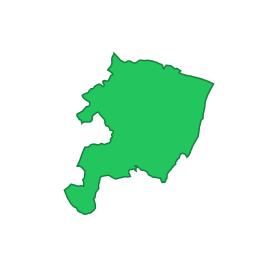 Texhuacán, Veracruz, Mexico, rotated 138°
{"feature_id": "50627088B48642687236942", "entity_name": "Texhuacán", "entity_type": "district", "adm_level": 2, "iso_a3": "MEX", "parent_name": "Mexico", "parent_adm1": "Veracruz", "projection": "mercator", "projection_center": [-97.022, 18.616], "detail": "fine", "context": "isolated", "style": "filled", "palette": "green", "viewbox_px": 256, "rotation_deg": 138, "n_neighbors": 0, "source": "geoboundaries", "source_scale": "gbopen_adm2", "svg_char_len": 5871}
<svg xmlns="http://www.w3.org/2000/svg" viewBox="0 0 256 256"><g transform="rotate(138 128 128)"><path d="M88.4,192.9L89.2,192.1L90.3,191.9L91.5,191.5L93.1,190.8L95.0,188.8L96.3,187.2L97.2,186.4L98.4,185.7L100.4,185.2L101.2,185.2L102.9,185.0L103.9,184.8L104.3,184.6L103.7,183.1L103.3,181.4L103.1,179.7L103.4,177.8L104.2,178.2L105.3,178.4L106.4,178.2L110.6,176.4L111.3,176.2L112.4,176.9L112.9,177.9L113.5,178.7L114.0,179.2L114.7,179.4L115.3,179.5L115.5,179.4L115.4,179.0L115.4,178.6L116.0,178.7L116.3,178.2L116.4,177.2L116.5,176.5L116.9,176.0L117.2,175.6L117.8,175.5L118.7,175.5L119.1,175.7L119.2,176.5L119.4,178.7L119.8,179.5L120.2,180.1L121.0,180.2L122.3,180.6L123.7,181.0L124.5,181.3L125.3,181.1L125.9,180.9L126.6,180.7L127.9,180.7L128.4,181.3L128.9,181.7L129.5,181.8L131.3,181.8L132.3,181.6L133.2,181.1L134.2,181.1L135.3,181.5L136.5,182.1L137.2,182.2L138.1,182.5L139.0,182.7L140.3,182.8L140.8,181.5L140.8,180.2L140.8,179.0L140.6,177.7L140.1,175.4L139.4,173.8L139.5,172.3L140.4,171.4L141.2,170.8L141.7,170.5L142.3,170.3L143.1,170.6L143.8,171.3L145.0,171.8L146.1,171.5L147.1,171.4L148.8,171.1L149.8,170.9L152.0,171.4L152.8,171.4L153.8,171.7L154.4,171.8L156.0,172.4L156.8,172.2L157.5,171.7L158.1,169.9L158.0,169.2L158.5,167.4L158.6,166.8L158.1,166.1L157.6,165.3L158.1,164.3L159.2,162.3L157.9,162.5L156.4,161.6L155.5,161.0L153.8,159.3L153.2,158.9L152.5,158.2L152.0,157.8L151.2,157.9L150.8,157.8L150.4,157.6L149.9,157.7L148.0,158.9L147.6,159.9L147.3,160.2L146.4,160.5L145.4,160.7L144.4,160.8L142.3,160.4L141.3,160.4L140.4,160.2L139.9,159.9L139.5,159.6L139.7,157.4L139.9,155.7L139.8,154.4L139.9,152.4L139.8,151.5L139.8,150.6L140.5,148.5L140.9,148.1L141.5,147.7L141.8,147.1L142.1,146.2L142.5,145.5L142.8,144.9L142.8,144.4L142.2,143.4L141.5,142.4L141.6,141.2L142.0,140.2L142.4,139.4L142.7,138.2L142.1,137.4L141.5,136.9L141.2,136.1L141.5,135.1L142.1,134.4L142.5,134.2L143.2,134.4L143.5,134.4L144.2,134.2L144.7,133.8L145.1,133.3L145.1,132.7L145.4,132.3L145.7,131.9L146.1,131.7L146.9,131.8L147.4,131.7L148.2,131.4L148.8,131.3L149.3,130.1L149.7,129.7L150.8,129.5L153.0,129.7L153.6,130.4L154.2,130.6L154.9,130.9L156.5,131.4L157.3,132.4L157.7,133.9L158.2,134.3L159.2,134.7L160.3,134.8L161.3,135.0L162.0,136.2L162.9,137.2L164.1,138.9L165.3,139.6L166.1,140.1L167.1,140.4L167.8,140.5L169.0,140.2L169.8,140.4L171.0,141.0L171.5,141.3L172.9,142.5L178.6,139.9L185.3,136.3L191.3,133.6L189.5,132.3L189.4,131.4L188.3,129.3L188.9,128.8L188.7,128.0L188.9,124.5L192.9,120.9L194.0,120.0L195.2,119.8L196.4,119.8L196.7,118.5L197.5,116.9L198.8,115.7L199.9,114.4L201.0,115.9L201.6,116.6L203.2,117.4L204.9,119.3L205.8,121.1L206.9,122.8L207.8,124.3L209.4,124.3L210.8,124.1L212.7,124.0L215.0,124.3L216.9,124.4L218.1,120.8L219.6,117.1L220.9,111.0L221.1,108.6L220.9,105.5L220.2,104.5L219.7,103.8L219.9,103.5L220.0,103.3L220.0,102.6L220.1,101.9L220.2,101.3L220.4,100.9L220.7,100.5L220.7,100.0L220.3,99.3L220.4,98.6L220.2,97.9L220.0,97.5L219.9,97.2L219.6,96.9L219.3,96.5L218.7,95.0L218.7,94.6L218.6,93.9L218.2,93.3L217.5,92.8L216.2,91.7L214.9,91.1L214.1,91.0L213.4,90.3L212.7,90.2L211.5,89.7L210.7,90.0L210.2,90.0L209.7,89.8L208.3,89.8L205.9,90.3L205.2,91.2L204.4,91.9L203.4,93.3L201.5,96.9L201.5,97.9L201.1,98.0L200.7,98.1L200.5,98.6L200.1,98.5L199.2,98.4L198.6,98.7L197.9,99.4L195.3,101.5L193.0,102.1L191.6,102.4L190.4,102.5L189.9,103.0L188.7,104.5L188.0,105.4L185.3,107.1L184.1,108.0L183.1,108.7L182.0,109.8L179.6,109.5L178.7,108.9L177.1,108.0L174.4,106.1L173.8,105.4L172.9,102.4L171.8,99.3L171.0,98.1L170.0,97.8L169.1,97.3L167.8,96.6L167.1,96.2L165.7,95.5L164.5,94.8L163.6,94.3L162.7,93.8L162.2,93.1L161.5,92.3L160.7,91.7L159.8,91.2L158.7,90.4L158.4,91.4L157.8,92.3L157.7,93.9L157.2,94.7L156.1,95.4L155.2,95.8L154.5,95.9L153.5,95.0L152.7,94.4L151.8,94.1L150.9,93.7L150.9,92.8L151.1,91.8L150.7,90.7L150.3,91.6L149.1,92.5L148.4,93.0L148.1,93.6L148.1,94.4L148.2,95.0L147.0,94.2L146.9,93.7L146.9,92.2L146.3,90.1L146.4,89.1L146.4,88.3L146.2,87.6L145.8,87.3L144.3,85.5L143.8,84.5L143.4,83.2L143.4,81.9L143.6,80.6L144.0,79.8L143.9,79.3L143.8,78.6L143.4,77.7L142.9,77.0L142.8,76.1L142.7,75.5L142.4,74.9L141.7,73.9L141.1,73.5L140.3,72.7L139.7,71.7L137.4,68.6L137.6,68.4L138.6,66.6L138.4,66.2L139.0,65.1L139.0,64.7L138.9,64.5L138.5,64.3L138.2,64.0L138.0,63.9L137.7,63.8L137.6,63.4L136.6,63.1L135.7,63.3L134.9,64.2L133.9,64.4L133.0,64.4L131.5,65.8L130.9,66.6L129.3,67.6L126.5,68.2L125.7,68.3L125.2,68.5L124.5,68.6L123.9,68.4L123.5,68.5L122.6,68.9L120.4,69.0L119.7,69.5L119.2,69.4L118.8,69.3L118.0,69.3L116.5,69.4L115.3,71.2L114.1,70.8L113.2,71.4L112.2,71.6L112.0,71.8L111.6,71.8L111.3,71.5L110.0,71.5L109.0,72.0L108.0,72.9L106.4,73.3L104.5,72.8L103.2,70.6L103.3,68.4L103.8,66.9L103.2,66.9L101.4,67.0L99.8,67.5L97.8,68.4L96.6,69.2L95.4,69.6L94.4,70.0L93.5,70.7L92.1,71.3L81.1,75.0L80.1,76.0L78.4,77.3L74.5,80.8L70.9,83.2L69.9,84.0L68.9,84.7L67.6,85.0L66.6,85.0L65.7,85.0L65.0,86.0L64.1,86.8L62.5,88.2L61.0,89.3L59.2,90.5L56.7,92.5L54.2,94.8L51.8,96.6L49.3,97.9L46.6,99.3L44.4,100.1L41.9,101.2L34.9,103.5L36.5,107.2L36.9,108.6L37.8,109.9L38.4,111.3L39.4,113.0L40.6,115.4L41.4,116.7L42.4,118.0L43.6,120.0L45.0,121.8L46.0,123.7L48.3,126.6L49.2,127.7L50.0,129.0L50.8,130.5L51.4,131.2L52.7,133.9L53.0,135.0L50.6,135.2L51.0,136.6L51.4,138.4L51.9,139.6L52.7,140.2L53.3,140.4L53.7,140.7L53.9,142.9L54.3,144.5L54.7,145.5L56.4,147.7L57.4,148.8L57.7,149.1L60.5,148.5L61.4,148.1L61.3,148.5L61.6,148.8L61.9,149.1L61.6,149.7L60.8,150.5L60.5,151.2L60.5,152.3L60.7,153.2L61.4,154.1L62.2,155.8L62.7,157.4L63.5,158.7L64.3,159.9L65.1,161.4L66.1,162.5L66.9,163.7L68.0,165.1L68.9,165.7L69.8,166.3L70.7,167.2L71.5,167.8L72.0,168.7L73.4,170.1L73.9,170.5L76.5,170.9L77.3,170.9L77.6,171.0L78.5,171.2L79.1,171.4L80.1,172.4L80.8,173.7L81.2,175.1L81.4,175.7L81.8,176.4L82.5,177.2L83.1,177.7L83.9,178.0L84.5,178.1L85.7,178.3L86.8,178.9L87.0,180.0L88.3,183.2L88.3,189.6L88.4,192.9Z" fill="#22c55e" stroke="#15803d" stroke-width="1.5"/></g></svg>